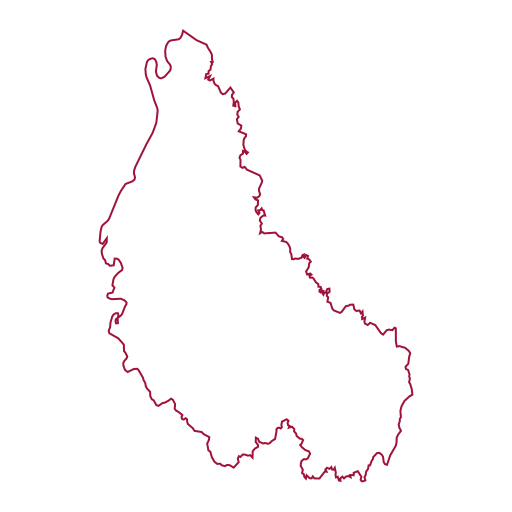 outline of Montes Claros de Goiás, Goiás, Brazil
{"feature_id": "56859067B96767902593649", "entity_name": "Montes Claros de Goiás", "entity_type": "district", "adm_level": 2, "iso_a3": "BRA", "parent_name": "Brazil", "parent_adm1": "Goiás", "projection": "equal_earth", "projection_center": [-51.564, -15.848], "detail": "fine", "context": "isolated", "style": "outline", "palette": "rose", "viewbox_px": 512, "rotation_deg": 0, "n_neighbors": 0, "source": "geoboundaries", "source_scale": "gbopen_adm2", "svg_char_len": 6065}
<svg xmlns="http://www.w3.org/2000/svg" viewBox="0 0 512 512"><path d="M99.6,241.4L100.3,242.9L102.7,243.9L106.8,238.2L106.7,242.4L102.5,248.2L101.6,250.7L102.0,254.2L103.5,258.6L105.1,260.1L105.9,263.3L108.4,264.2L109.9,265.8L113.7,265.3L114.7,258.6L116.7,258.6L118.5,259.5L120.8,262.8L122.6,267.9L122.1,270.0L118.2,272.9L114.6,276.9L113.5,279.2L112.4,285.3L114.4,287.6L112.5,292.6L108.0,293.6L107.2,295.9L107.7,297.5L109.9,298.7L111.9,299.2L120.7,298.7L124.4,300.3L126.5,302.3L126.5,304.0L125.2,306.1L122.0,314.2L120.8,315.6L117.6,318.0L118.4,315.7L118.0,313.3L115.8,313.2L113.5,314.6L112.2,316.7L110.5,322.5L110.1,327.2L108.7,330.7L109.4,333.3L118.3,338.3L123.8,344.6L124.1,351.4L125.3,352.5L127.3,356.5L126.4,358.7L124.2,361.0L123.3,363.0L123.4,365.6L125.0,369.9L127.6,372.0L133.9,369.0L137.3,368.8L138.6,370.2L142.9,377.6L143.4,379.6L145.4,383.4L145.7,386.0L146.9,388.4L150.1,391.8L150.3,396.3L151.9,399.4L153.6,400.2L156.3,405.0L158.4,405.9L162.6,403.0L164.7,402.7L168.5,400.7L171.1,398.7L172.9,399.8L175.1,404.1L174.7,408.9L176.4,410.9L177.9,411.5L182.4,415.0L181.5,417.3L182.2,419.1L183.8,419.5L185.6,418.2L187.1,419.4L187.1,421.7L187.9,424.0L192.7,428.1L194.6,430.9L201.6,432.0L203.6,434.1L209.3,437.1L208.9,440.0L207.2,443.6L208.4,450.3L210.3,451.7L211.8,457.0L214.3,461.6L217.2,463.9L220.1,463.7L222.0,465.4L225.0,466.1L227.1,464.9L229.7,465.2L233.7,467.6L238.7,462.1L237.8,458.6L238.9,456.2L240.4,457.0L242.7,454.5L244.9,454.6L247.9,455.6L250.2,455.2L252.5,457.6L252.7,451.2L254.9,448.6L258.0,446.8L258.0,445.0L255.7,441.9L255.9,437.7L258.0,438.8L259.2,441.8L263.2,443.5L265.0,443.0L268.1,443.8L270.2,442.8L271.3,441.4L275.1,438.9L276.5,431.2L276.4,429.3L277.7,427.9L279.2,427.7L280.7,428.5L281.8,427.2L281.4,424.8L282.0,421.6L286.7,419.3L288.5,420.8L287.6,423.0L288.1,425.2L289.6,426.0L288.9,427.6L292.0,426.7L294.3,429.1L294.1,431.4L296.2,433.7L296.6,436.0L299.8,438.6L301.8,438.9L303.1,440.0L301.5,443.8L300.2,445.0L301.8,447.1L305.2,450.0L308.9,451.4L310.1,453.7L307.7,458.5L305.9,459.4L304.0,459.1L301.7,460.8L300.9,463.0L300.7,465.8L302.8,469.7L302.1,473.1L303.8,474.2L304.4,477.0L305.9,478.6L306.6,475.3L309.6,478.2L311.6,478.4L312.8,476.4L314.4,478.4L319.4,478.5L324.9,471.5L326.6,471.7L325.4,469.4L327.0,467.8L329.5,468.9L331.3,467.1L332.2,469.6L333.7,469.7L334.8,467.8L335.8,472.6L335.5,475.0L336.0,477.4L337.7,476.7L338.9,480.5L340.5,480.8L340.2,478.5L342.3,476.6L344.0,478.4L345.8,476.7L348.2,476.0L350.6,477.2L350.1,475.0L353.7,475.2L353.7,472.8L357.8,471.2L361.4,476.9L360.6,479.8L361.7,481.3L363.6,481.2L365.4,480.3L364.5,477.1L365.7,475.0L366.0,471.9L368.1,468.8L368.6,465.4L370.1,465.3L371.7,460.7L372.8,459.3L373.3,457.0L377.0,453.1L379.4,452.9L381.8,454.7L383.0,456.8L383.7,461.9L384.8,464.0L387.0,464.8L390.2,455.4L395.8,445.7L396.5,442.8L396.7,437.7L398.0,434.8L401.0,430.8L399.3,427.6L398.7,424.6L399.8,421.1L399.8,419.0L400.9,417.2L400.4,410.9L401.5,406.3L404.5,400.9L409.5,396.3L412.4,394.7L411.7,389.0L410.2,383.9L409.1,382.3L409.9,378.4L409.2,376.6L409.5,374.3L408.1,370.0L405.9,368.9L405.5,366.8L408.3,363.8L409.1,357.2L410.2,353.1L408.7,350.8L405.1,347.8L399.3,346.1L396.8,346.6L395.9,341.6L395.8,328.3L394.5,327.7L392.4,330.2L389.1,329.6L386.7,330.2L383.1,334.6L381.0,333.2L375.3,325.1L370.1,322.8L367.7,325.0L364.9,323.5L364.4,321.5L365.1,317.6L362.2,319.1L361.9,317.0L362.9,315.6L362.5,311.5L361.0,313.4L359.5,310.5L356.4,311.0L354.4,309.4L353.3,304.6L350.1,304.7L348.6,305.7L345.9,306.1L341.8,311.7L340.0,312.9L333.8,310.4L332.4,308.8L330.5,302.9L327.4,301.7L328.2,297.3L326.9,296.0L326.9,293.6L325.5,292.2L324.2,293.0L323.4,294.7L322.6,293.3L323.4,290.9L321.7,290.6L320.7,292.4L319.4,291.5L319.6,289.8L321.4,288.7L320.6,286.9L318.4,286.7L318.3,284.1L315.8,282.2L313.6,278.6L312.4,277.6L310.0,277.7L309.4,275.9L311.4,274.6L310.2,273.5L307.1,274.5L306.1,271.4L308.7,267.4L309.2,263.2L310.8,261.7L309.3,259.5L307.2,258.6L308.0,255.9L305.9,255.0L304.6,257.9L303.4,256.8L303.8,254.6L302.4,255.2L301.4,257.8L298.1,258.9L295.1,258.5L293.6,259.3L292.0,259.1L291.3,254.1L290.2,252.2L290.2,248.5L289.2,245.8L287.5,243.2L286.1,241.9L281.9,240.9L283.2,238.9L282.0,237.2L278.9,236.4L275.5,232.6L264.2,233.4L262.1,231.9L260.1,233.2L261.0,229.5L260.4,225.9L261.8,223.6L259.8,220.5L260.4,217.9L263.5,215.4L265.2,215.6L263.6,210.4L262.2,210.2L261.6,208.4L260.2,210.1L258.2,210.4L259.5,212.9L258.3,214.4L256.2,211.8L255.5,209.9L255.7,207.4L257.8,205.2L258.1,200.4L255.4,199.4L253.9,197.3L257.2,197.7L259.3,196.2L260.1,194.2L259.0,190.8L259.1,188.4L261.8,182.6L262.2,180.6L259.7,175.4L247.0,169.7L244.6,166.8L242.7,167.9L240.4,166.5L240.5,159.8L239.5,157.7L240.4,155.3L243.0,153.6L242.9,150.9L244.6,151.5L246.6,153.9L247.9,152.4L246.6,151.7L244.8,149.7L243.4,145.2L243.6,140.7L244.2,138.5L246.0,136.1L246.1,134.3L238.8,131.3L241.0,128.4L241.3,125.6L237.7,123.5L236.9,119.2L238.7,116.9L237.3,114.7L237.6,111.9L239.9,109.4L238.7,106.3L238.3,102.5L237.0,100.8L235.0,102.9L235.4,106.2L233.3,105.7L233.8,101.9L233.4,98.7L231.9,97.2L232.0,94.9L233.8,92.4L230.4,87.6L225.2,93.5L222.8,94.2L220.9,92.7L218.1,86.1L216.2,85.3L214.5,83.7L213.4,80.6L213.5,78.6L209.9,80.5L208.2,79.6L210.0,76.1L205.4,78.2L206.2,74.1L208.5,73.7L208.6,71.1L210.5,69.6L210.9,66.0L212.2,64.0L211.1,62.0L212.8,61.8L212.0,59.5L211.9,54.9L211.0,52.7L207.7,47.4L206.6,44.7L196.6,40.2L183.1,30.7L182.1,34.8L180.3,38.1L178.6,39.3L171.1,40.4L169.4,41.1L167.9,42.6L166.0,46.2L165.2,50.7L165.5,56.7L167.2,61.2L170.0,64.6L170.8,66.7L170.6,69.3L169.8,70.9L164.5,76.8L161.1,78.4L159.3,77.9L157.0,75.7L155.9,71.5L156.8,64.9L156.4,62.3L155.0,59.3L153.0,58.3L151.1,58.6L148.5,59.8L147.0,61.8L145.4,68.9L145.8,74.5L146.6,77.5L150.1,85.5L154.2,100.2L157.3,108.3L157.7,110.6L156.3,122.9L152.6,132.9L146.6,143.8L135.3,166.9L134.1,170.7L133.9,173.1L135.0,177.3L134.5,179.5L132.5,181.3L125.5,184.0L120.8,191.1L118.5,195.5L109.2,218.5L107.7,220.8L102.7,225.1L101.6,226.9L100.5,231.9L99.6,241.4ZM117.6,318.0L117.9,323.2L116.1,323.4L115.5,321.5L115.8,319.3L117.6,318.0ZM326.9,293.6L329.6,291.9L329.4,288.6L327.3,289.0L326.4,290.8L326.9,293.6Z" fill="none" stroke="#9f1239" stroke-width="2"/></svg>